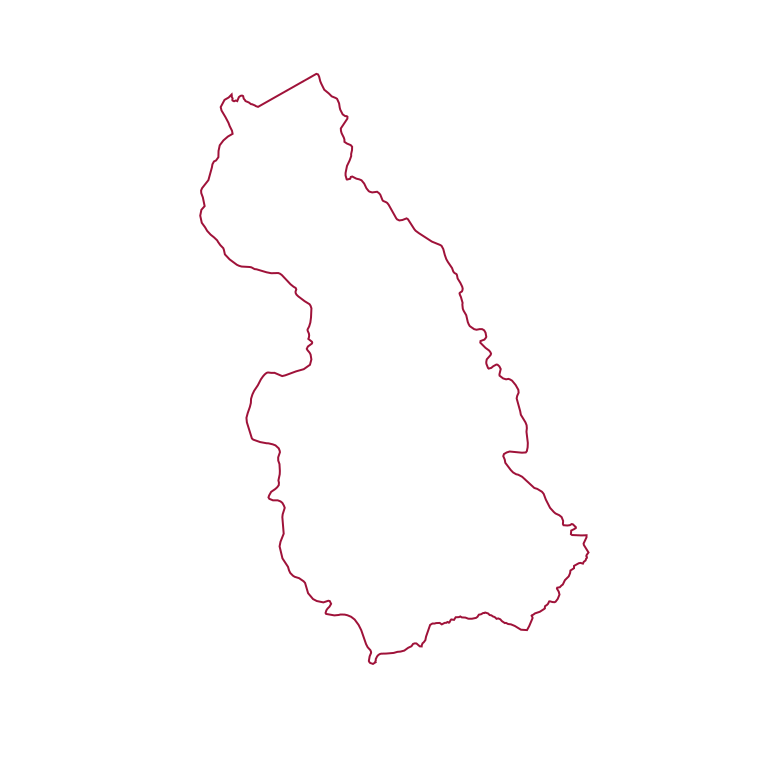 Altamira, Huila, Colombia, rotated 291°
{"feature_id": "7082276B22050163903058", "entity_name": "Altamira", "entity_type": "district", "adm_level": 2, "iso_a3": "COL", "parent_name": "Colombia", "parent_adm1": "Huila", "projection": "albers", "projection_center": [-75.778, 2.079], "detail": "fine", "context": "isolated", "style": "outline", "palette": "rose", "viewbox_px": 768, "rotation_deg": 291, "n_neighbors": 0, "source": "geoboundaries", "source_scale": "gbopen_adm2", "svg_char_len": 6154}
<svg xmlns="http://www.w3.org/2000/svg" viewBox="0 0 768 768"><g transform="rotate(291 384 384)"><path d="M481.2,151.1L475.3,152.1L469.2,156.1L466.1,160.9L463.6,164.0L461.3,168.6L460.0,172.7L458.3,176.8L457.2,178.1L455.0,181.4L453.2,185.3L451.8,186.5L448.0,189.0L445.0,195.2L442.6,203.8L442.4,206.1L442.6,208.9L445.1,216.7L445.4,218.4L444.9,222.0L445.4,223.9L446.2,234.3L447.0,239.0L449.7,245.5L449.7,247.4L449.1,249.6L443.6,261.0L442.4,264.7L442.0,267.1L440.9,268.2L438.6,268.3L437.4,268.8L436.1,270.2L435.1,272.5L432.9,280.1L431.8,285.9L430.8,287.3L428.7,289.1L420.0,292.0L415.0,293.2L410.8,293.5L407.5,293.1L406.4,293.6L404.2,295.8L402.6,296.7L400.6,297.2L399.0,297.2L397.6,301.6L396.8,302.2L395.9,302.2L391.7,299.5L389.1,299.3L388.2,300.4L386.6,303.3L385.2,304.9L380.9,307.4L375.4,308.0L369.1,303.8L364.3,297.4L356.7,288.7L354.9,286.1L355.2,277.8L354.0,274.8L353.2,271.6L352.3,270.4L350.2,269.2L347.8,268.3L344.2,267.4L337.7,266.7L331.1,265.2L327.1,264.9L322.5,265.2L318.6,266.5L314.6,267.0L307.9,267.2L303.1,267.7L299.1,269.7L285.8,280.2L285.2,281.9L285.4,289.2L286.6,295.6L287.2,297.4L287.8,301.8L287.8,304.7L286.2,308.8L284.2,310.6L283.0,311.3L277.6,311.5L274.6,312.7L271.8,315.1L265.6,317.9L262.4,319.0L256.1,320.0L254.2,321.3L251.8,322.0L249.3,321.3L247.1,320.2L242.9,317.3L238.7,316.7L236.7,316.8L235.7,318.1L235.6,322.0L237.3,326.4L237.3,329.5L236.6,331.7L234.6,334.1L232.8,335.7L226.1,336.1L223.3,336.8L208.3,344.0L199.7,343.9L195.0,344.7L184.8,351.7L178.9,359.9L176.0,362.1L174.0,364.2L172.4,367.7L172.0,369.7L172.3,374.3L171.0,379.7L170.0,381.6L161.5,388.1L157.8,394.8L157.3,399.0L158.4,405.7L161.7,409.7L161.9,411.1L159.8,413.4L156.6,412.9L154.1,411.8L152.1,411.3L149.3,411.5L148.6,412.4L150.2,420.6L152.2,424.6L153.1,425.8L154.6,429.8L155.0,432.7L154.9,436.7L153.6,441.0L150.0,446.6L146.0,451.0L134.7,460.5L132.4,463.1L130.6,466.7L129.4,467.8L128.4,468.3L124.6,468.2L120.0,469.1L119.3,469.8L118.6,471.1L118.7,474.0L121.3,475.9L121.8,475.3L123.0,475.4L124.2,474.9L127.3,475.2L129.1,475.9L130.6,477.1L131.3,478.2L133.2,482.8L136.4,489.4L138.8,492.6L140.1,495.3L142.4,498.5L146.4,501.1L149.0,503.6L151.8,504.3L152.9,505.7L153.4,507.3L151.9,511.4L152.5,513.2L153.4,512.9L155.7,512.9L157.2,513.7L159.7,514.4L163.2,513.8L175.6,513.4L177.7,515.0L178.5,517.1L179.4,518.2L180.9,521.6L180.3,524.1L182.7,526.2L183.5,527.9L184.2,528.2L184.7,528.8L184.4,530.1L184.8,530.5L187.3,530.8L188.3,531.2L188.9,533.9L191.9,534.5L193.2,537.5L194.3,538.5L194.0,540.3L195.1,543.7L195.1,546.8L196.3,550.1L198.6,553.7L200.1,554.7L202.6,555.2L203.8,557.1L205.8,558.7L206.2,559.9L206.9,560.3L207.1,563.4L206.2,565.4L206.5,567.2L206.0,569.1L206.1,570.2L205.9,571.5L205.1,573.2L206.1,574.7L206.0,576.9L204.9,579.0L204.1,582.5L204.7,583.5L204.4,585.9L205.1,588.6L205.0,592.7L203.7,599.9L205.5,605.7L209.9,606.3L218.5,606.6L219.3,606.3L220.6,604.8L221.0,604.9L222.1,606.0L224.0,607.2L227.2,611.1L231.6,614.3L232.2,614.6L233.3,614.1L234.6,614.1L235.8,615.1L237.5,615.9L240.2,616.1L240.6,616.8L240.8,619.4L241.4,621.4L242.2,622.2L245.6,623.2L250.3,623.3L252.8,621.5L254.9,618.8L255.9,618.7L257.3,621.0L259.3,621.8L260.9,622.8L265.7,623.2L270.6,625.4L274.1,625.5L276.7,624.9L280.1,627.4L282.3,626.6L286.5,630.1L287.4,631.6L287.6,634.1L289.5,634.2L291.5,635.4L293.5,635.3L294.3,635.7L295.1,635.5L295.9,634.5L297.2,634.5L300.0,635.3L305.3,628.3L306.6,627.5L313.4,628.0L315.4,627.3L313.5,622.9L310.4,613.7L310.8,612.3L314.3,611.3L316.5,613.4L318.3,614.7L319.1,614.4L320.7,610.6L320.5,609.4L318.8,608.1L317.6,605.9L316.5,602.2L317.4,601.2L320.4,600.3L323.4,597.5L324.3,594.7L324.6,590.5L325.4,588.3L327.9,583.4L334.1,576.5L338.7,572.4L340.0,570.1L341.0,564.6L340.8,561.6L346.9,546.2L347.4,541.8L347.1,539.7L347.7,536.2L349.1,533.2L353.9,525.5L356.7,523.8L359.4,521.2L361.6,521.1L364.0,523.0L366.0,525.5L369.3,537.4L370.9,540.9L372.5,541.4L376.3,540.8L380.5,539.4L390.5,534.1L393.9,533.2L396.6,531.9L398.9,529.8L404.3,522.8L407.4,520.9L418.1,513.0L420.7,512.6L424.1,512.8L426.7,511.5L430.2,507.3L433.0,502.4L433.4,500.1L433.4,498.4L432.1,496.3L431.9,493.2L433.2,488.9L434.4,488.3L439.8,487.6L441.8,485.4L442.7,483.1L442.4,481.9L439.7,479.6L437.5,478.4L435.9,476.2L436.3,475.3L439.6,472.3L441.1,471.6L443.8,471.1L449.2,473.1L450.6,473.1L451.7,472.1L452.9,470.2L454.1,465.8L457.1,459.1L458.7,458.7L461.4,461.8L463.6,462.5L464.7,462.6L468.3,460.4L470.0,458.3L470.4,456.1L469.6,453.8L467.8,450.9L467.5,448.4L468.8,443.3L470.2,441.6L471.9,440.0L477.7,436.1L481.0,432.0L482.5,430.6L486.2,428.7L487.9,428.3L492.7,424.7L494.6,422.8L495.8,422.0L496.5,422.2L498.4,423.6L499.8,423.6L501.2,423.3L502.9,422.1L505.8,419.0L508.9,414.9L511.8,413.1L512.6,412.2L512.9,410.0L513.8,408.4L516.6,406.0L520.9,399.8L522.9,397.4L526.3,394.5L531.2,391.0L533.6,388.2L533.9,386.8L534.1,377.7L537.3,362.6L538.4,358.6L539.4,356.8L546.4,347.3L546.7,345.7L543.7,342.4L542.7,340.6L542.2,339.7L542.4,337.2L543.1,336.0L553.0,324.1L554.2,322.1L554.5,320.5L554.6,317.6L555.1,316.7L559.4,312.7L560.3,311.1L561.0,308.7L558.6,304.3L558.4,301.6L558.6,300.6L560.4,297.5L564.0,293.7L566.1,290.0L566.2,287.6L565.8,284.6L566.3,280.0L565.4,278.8L563.5,278.9L561.6,276.2L561.7,275.8L564.9,273.4L567.2,272.5L574.3,271.3L580.3,271.8L585.0,271.7L586.9,270.9L591.0,270.3L594.1,269.2L595.1,267.3L595.2,263.3L595.9,260.3L598.1,259.4L599.7,258.1L602.9,254.6L604.9,253.1L607.1,252.1L618.6,254.7L620.4,254.1L620.7,253.2L620.2,251.7L620.9,248.8L624.4,244.9L626.2,243.6L629.9,241.5L633.4,238.0L633.7,236.4L633.8,232.1L635.5,228.3L637.3,222.8L641.9,217.8L643.8,216.0L647.8,213.2L649.4,211.4L649.3,209.7L597.6,167.1L597.5,164.6L597.8,163.7L597.9,160.4L597.6,159.6L598.4,156.9L598.5,153.3L599.2,152.5L600.1,150.8L602.3,149.3L602.4,148.1L601.6,146.8L599.8,145.7L595.5,145.6L595.6,144.1L594.3,142.8L594.2,142.3L594.4,141.0L594.8,140.6L596.4,140.3L597.7,138.7L598.4,138.7L599.7,138.0L595.8,136.3L592.1,133.3L584.0,132.3L581.1,134.3L576.3,140.4L572.1,145.2L569.5,147.5L566.0,151.3L563.3,153.0L559.1,149.6L553.9,146.8L548.0,145.1L542.3,146.0L536.4,148.1L532.5,147.1L530.8,145.5L527.6,145.1L524.6,145.7L511.4,147.0L501.7,144.0L499.1,143.9L496.7,145.0L493.3,148.0L485.8,152.8L481.2,151.1Z" fill="none" stroke="#9f1239" stroke-width="2"/></g></svg>